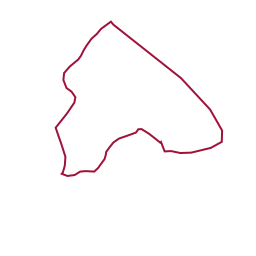 map outline of Dojran (Natural Earth projection), rotated 306°
{"feature_id": "MKD-3000", "entity_name": "Dojran", "entity_type": "Statistical Region", "adm_level": 1, "iso_a3": "MKD", "parent_name": "North Macedonia", "parent_adm1": "", "projection": "natural_earth1", "projection_center": [22.654, 41.217], "detail": "fine", "context": "isolated", "style": "outline", "palette": "rose", "viewbox_px": 256, "rotation_deg": 306, "n_neighbors": 0, "source": "natural_earth", "source_scale": "10m", "svg_char_len": 808}
<svg xmlns="http://www.w3.org/2000/svg" viewBox="0 0 256 256"><g transform="rotate(306 128 128)"><path d="M204.0,51.7L203.0,55.5L199.5,141.6L191.2,183.6L181.3,205.6L171.9,212.0L160.6,206.7L145.2,193.6L138.5,185.0L134.7,176.5L130.6,171.4L136.1,162.9L135.1,162.7L135.4,156.9L135.7,148.7L135.1,139.7L133.1,137.1L128.9,137.1L120.7,131.5L114.3,127.0L107.8,124.7L101.1,124.4L95.9,124.4L92.8,126.0L89.0,127.3L84.6,127.3L77.9,127.3L72.9,126.3L68.3,119.2L64.7,115.0L58.5,112.4L53.6,107.2L52.0,101.3L53.8,101.4L60.4,99.0L67.9,94.3L75.2,84.4L81.8,74.9L85.7,69.3L103.7,70.1L117.0,69.7L122.0,67.3L124.2,61.0L124.2,54.7L128.9,47.5L134.9,44.0L143.7,44.8L154.2,47.5L158.8,47.5L165.2,46.4L171.2,46.0L179.0,46.0L185.7,47.5L192.3,47.9L202.2,51.1L203.5,51.5L204.0,51.7Z" fill="none" stroke="#9f1239" stroke-width="2"/></g></svg>